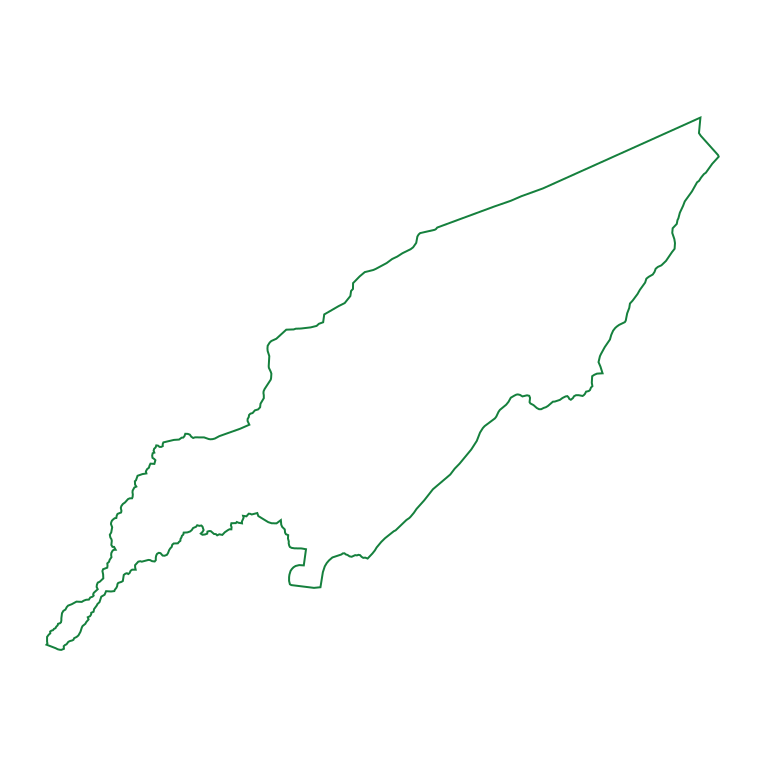 the district of Tigania West, Eastern, Kenya, rotated 95°
{"feature_id": "3690345B31280493599010", "entity_name": "Tigania West", "entity_type": "district", "adm_level": 2, "iso_a3": "KEN", "parent_name": "Kenya", "parent_adm1": "Eastern", "projection": "mercator", "projection_center": [37.77, 0.171], "detail": "fine", "context": "isolated", "style": "outline", "palette": "green", "viewbox_px": 768, "rotation_deg": 95, "n_neighbors": 0, "source": "geoboundaries", "source_scale": "gbopen_adm2", "svg_char_len": 6140}
<svg xmlns="http://www.w3.org/2000/svg" viewBox="0 0 768 768"><g transform="rotate(95 384 384)"><path d="M278.9,417.6L286.2,423.6L292.0,423.2L294.2,424.9L299.3,425.2L306.8,430.2L310.3,435.9L319.9,449.6L327.8,450.0L329.7,454.1L332.0,456.2L334.0,462.0L336.0,471.7L336.6,476.7L337.5,478.7L338.4,486.1L348.3,495.2L351.0,500.0L352.7,501.5L356.0,503.2L358.7,503.2L361.2,502.8L366.2,500.7L376.3,500.4L377.9,500.1L381.5,498.0L383.5,497.1L387.8,497.0L389.5,497.2L399.4,502.5L401.7,503.3L403.6,503.3L405.5,502.8L408.6,502.5L414.4,505.3L418.0,505.4L420.3,507.2L421.5,510.3L424.4,512.4L425.2,514.5L426.6,515.7L428.9,515.9L430.7,516.8L432.7,516.7L436.3,514.6L441.1,523.4L450.3,543.5L453.1,547.8L453.9,550.1L454.2,552.2L454.1,553.8L452.9,558.5L453.6,567.6L454.4,569.4L453.3,571.4L451.4,573.0L450.8,575.1L450.9,577.6L453.5,578.3L454.9,579.4L455.1,580.9L457.2,583.3L458.0,588.4L461.4,598.7L463.1,599.2L465.2,599.0L466.1,600.5L466.2,602.2L465.1,603.7L465.0,605.5L467.1,606.0L468.5,607.3L470.6,607.7L472.4,606.8L473.1,608.4L475.6,608.7L477.7,608.2L478.7,606.4L479.8,605.1L483.6,605.8L483.7,609.7L485.5,610.4L487.9,610.9L489.5,612.6L491.8,613.6L493.8,612.9L494.8,616.8L496.9,621.5L501.6,622.7L502.6,623.7L505.9,623.2L507.8,621.8L508.9,623.7L512.1,625.1L513.9,625.1L515.9,624.6L518.4,624.6L519.8,625.0L520.1,627.4L521.0,629.0L524.6,631.7L526.3,633.7L528.5,635.0L530.4,635.4L533.3,634.5L534.9,634.7L536.6,638.1L538.5,638.8L540.8,639.0L541.2,640.6L542.3,641.8L543.8,643.1L545.7,643.7L547.3,643.8L550.4,642.3L555.7,642.8L558.1,644.0L560.8,643.2L562.4,642.0L564.0,641.5L568.1,641.6L569.9,640.3L569.8,638.7L572.5,636.9L572.8,639.0L574.2,640.1L576.2,640.9L578.2,640.9L580.3,640.4L582.9,641.9L585.2,642.5L586.8,644.0L589.0,643.6L591.1,643.7L593.0,647.7L594.9,648.2L598.2,647.2L602.1,646.7L605.8,650.0L606.8,651.8L608.9,652.5L611.2,652.6L613.4,651.3L617.3,654.9L618.8,655.4L620.1,654.8L621.3,655.9L622.3,658.0L624.5,659.2L624.9,661.9L626.0,664.2L627.4,666.1L627.6,671.4L630.6,675.9L632.3,679.4L633.9,680.6L636.5,681.7L637.9,683.6L640.4,684.8L645.5,685.0L647.6,684.8L649.5,685.0L650.6,686.0L651.3,687.8L652.9,688.1L654.4,689.4L655.9,690.0L656.7,691.4L658.1,692.3L658.7,693.8L659.7,695.0L661.5,694.7L662.9,696.1L665.3,697.6L670.0,697.2L671.8,696.7L673.1,697.5L675.8,688.1L676.7,685.9L677.0,683.9L677.0,682.3L675.7,679.8L673.1,680.2L671.8,679.0L671.0,677.6L668.4,676.0L667.4,674.4L666.7,672.4L665.9,671.1L664.2,670.5L662.8,668.2L661.1,666.5L657.3,664.8L652.9,663.8L651.4,663.2L648.9,660.6L647.2,659.9L644.3,657.8L642.2,658.8L640.9,656.6L639.2,655.7L637.4,655.7L636.2,653.5L633.5,653.2L629.6,650.8L628.2,650.3L626.1,648.4L620.5,647.1L618.3,644.0L614.6,642.8L614.5,637.9L613.8,634.6L612.4,634.2L610.3,632.8L608.5,632.2L606.6,632.1L605.3,631.4L604.0,628.3L603.0,627.0L596.9,626.6L595.5,625.1L594.9,623.6L595.6,622.2L594.5,621.0L592.1,620.1L590.9,618.7L590.6,615.2L588.5,615.9L586.2,616.2L582.4,613.3L581.8,611.4L582.1,609.8L579.8,603.4L579.8,601.7L580.7,599.6L580.8,597.0L579.4,596.0L576.7,596.2L574.5,595.9L572.9,595.2L571.8,593.6L572.0,591.9L574.2,589.6L574.2,587.6L573.1,585.4L571.2,584.4L568.3,583.6L566.4,582.6L564.8,581.3L562.5,580.9L561.2,579.6L560.7,575.5L559.1,574.4L558.0,573.2L556.1,573.2L554.5,572.4L552.9,572.1L551.5,570.8L549.5,570.6L549.0,567.0L547.8,564.3L546.3,562.8L544.1,561.6L542.6,558.8L541.0,557.8L541.4,555.6L540.9,553.6L541.9,552.4L545.2,551.0L547.0,551.8L549.0,553.5L550.0,551.8L549.5,549.2L548.5,547.1L546.4,547.0L545.7,545.2L545.7,543.7L548.2,540.3L548.2,538.4L549.3,537.0L548.1,535.0L548.4,531.9L545.6,529.7L543.2,526.8L542.2,525.3L542.1,523.4L539.8,523.4L538.2,524.2L536.0,523.9L535.5,519.5L534.3,518.6L534.9,516.9L535.2,513.3L533.5,513.6L529.5,512.2L527.6,512.9L527.8,509.5L525.0,507.5L525.0,505.9L525.5,504.4L523.6,499.0L526.5,497.7L531.7,487.3L532.5,483.8L532.2,478.9L528.6,474.9L533.1,474.1L535.2,473.0L537.5,470.2L540.7,469.6L542.2,468.6L542.9,466.3L546.3,466.2L549.2,465.1L550.9,465.1L553.1,464.4L554.5,463.6L555.3,461.8L555.5,458.8L555.0,451.8L555.4,447.3L571.7,448.1L571.8,452.7L573.0,456.2L574.5,458.2L576.4,459.7L578.4,460.8L582.2,461.6L584.7,461.7L588.4,461.4L591.7,460.3L592.4,458.8L593.2,436.0L592.0,429.6L576.8,428.5L570.8,427.1L567.3,425.4L564.5,423.4L561.3,420.3L557.5,411.5L556.4,410.4L556.1,408.6L557.1,407.2L557.5,405.4L558.7,403.3L558.9,401.1L557.0,397.8L557.1,396.0L556.4,394.6L556.6,392.9L558.1,391.3L559.0,389.5L558.6,387.6L559.3,385.1L553.9,380.8L550.6,378.6L547.5,377.1L541.6,373.0L537.6,369.6L529.8,361.4L528.8,359.7L517.5,349.8L515.4,347.2L514.0,346.0L509.7,343.0L505.6,340.7L496.4,333.8L484.6,326.1L468.4,310.1L462.2,306.2L456.8,301.8L441.7,291.4L432.6,286.6L424.0,284.1L419.3,281.7L417.2,280.1L408.6,270.5L406.7,269.3L401.8,267.5L399.7,266.3L394.0,260.5L390.9,258.4L386.6,256.5L384.2,253.1L383.1,251.3L382.7,249.8L383.0,247.6L384.3,245.0L382.8,240.5L383.1,238.3L385.1,237.3L389.4,237.4L390.6,236.5L392.0,233.2L394.6,229.7L395.6,227.3L395.4,225.2L393.9,222.8L393.0,220.7L391.6,218.8L386.9,214.2L386.6,212.3L384.5,207.4L382.4,205.0L380.6,202.1L380.1,200.3L381.2,199.0L382.7,198.1L383.4,196.5L381.6,194.6L379.6,193.6L378.4,191.7L378.2,188.9L378.6,185.1L377.7,184.0L376.4,183.0L374.0,182.0L373.2,179.5L372.1,178.3L369.5,177.5L368.0,176.2L364.7,177.1L358.1,177.3L356.5,175.3L355.1,172.7L354.3,167.2L347.8,169.9L343.5,172.2L337.5,171.3L335.3,170.5L328.0,167.3L320.0,162.8L315.3,161.9L310.9,160.4L308.1,158.6L306.4,157.0L304.6,154.9L301.4,149.5L299.8,148.7L292.4,147.9L286.8,146.3L282.4,146.0L279.4,143.7L272.3,139.3L267.9,137.3L260.2,132.7L256.2,131.8L254.2,129.7L251.5,125.8L248.8,124.3L245.5,123.4L243.5,121.4L241.6,118.0L236.8,113.8L227.5,108.6L224.0,106.3L218.3,106.4L214.3,107.4L208.4,110.0L203.7,110.0L199.0,106.3L195.1,105.9L193.4,105.2L187.6,104.2L180.5,101.6L175.9,100.3L165.3,94.0L155.8,89.7L154.2,87.9L150.7,86.1L147.0,83.6L145.5,81.8L136.0,76.2L128.4,70.4L126.9,71.1L109.1,90.1L106.6,92.1L91.0,92.0L175.3,242.7L184.9,263.4L190.4,273.6L197.7,289.9L223.5,344.6L225.2,345.8L226.0,347.0L230.5,361.1L232.0,362.5L234.2,363.6L240.6,364.2L245.3,366.9L247.3,369.1L252.1,377.0L255.9,381.9L258.8,386.8L263.3,391.9L270.1,402.3L271.4,404.7L274.2,412.9L278.9,417.6Z" fill="none" stroke="#15803d" stroke-width="2"/></g></svg>